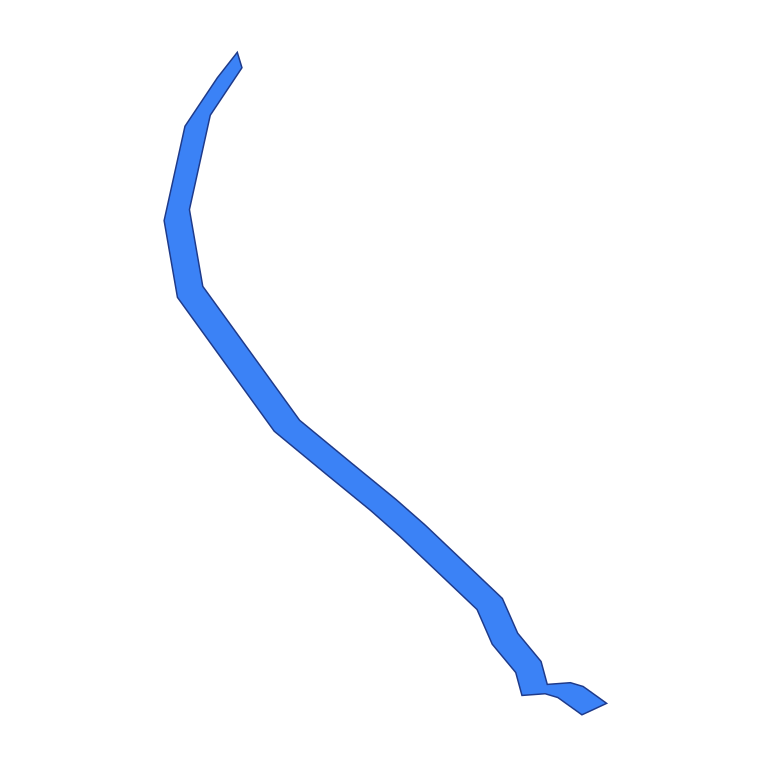 Port Suez Police Department, Egypt, rotated 179°
{"feature_id": "37247803B57319556498410", "entity_name": "Port Suez Police Department", "entity_type": "district", "adm_level": 2, "iso_a3": "EGY", "parent_name": "Egypt", "parent_adm1": "", "projection": "natural_earth1", "projection_center": [32.595, 29.881], "detail": "fine", "context": "isolated", "style": "filled", "palette": "blue", "viewbox_px": 768, "rotation_deg": 179, "n_neighbors": 0, "source": "geoboundaries", "source_scale": "gbopen_adm2", "svg_char_len": 638}
<svg xmlns="http://www.w3.org/2000/svg" viewBox="0 0 768 768"><g transform="rotate(179 384 384)"><path d="M191.9,49.8L190.5,50.4L167.7,60.5L167.0,60.8L175.5,67.2L190.2,78.1L202.8,82.1L226.0,80.8L231.8,103.8L254.7,132.5L269.4,167.5L345.0,241.9L364.9,260.0L374.0,268.3L418.5,306.0L469.0,349.2L520.7,423.4L563.5,484.8L575.5,561.8L571.5,578.5L568.0,593.1L553.0,655.8L520.5,702.7L524.9,718.2L545.2,693.2L578.5,645.2L601.0,551.2L589.0,474.2L546.2,412.8L494.5,338.6L444.0,295.4L399.5,257.7L370.6,231.3L294.9,156.9L280.3,121.9L257.3,93.2L251.5,70.2L228.3,71.5L215.7,67.5L191.9,49.8Z" fill="#3b82f6" stroke="#1e3a8a" stroke-width="1.5"/></g></svg>